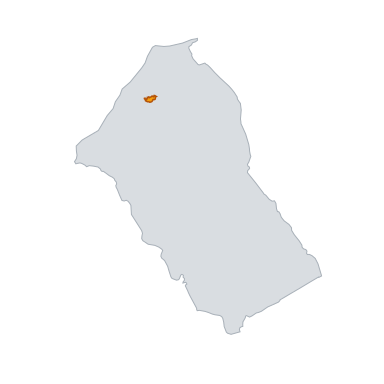 Assin Fosu, Central, Ghana (highlighted), rotated 150°
{"feature_id": "2480657B24956698199939", "entity_name": "Assin Fosu", "entity_type": "district", "adm_level": 2, "iso_a3": "GHA", "parent_name": "Ghana", "parent_adm1": "Central", "projection": "natural_earth1", "projection_center": [-1.29, 5.722], "detail": "fine", "context": "in_parent", "style": "filled", "palette": "amber", "viewbox_px": 384, "rotation_deg": 150, "n_neighbors": 0, "source": "geoboundaries", "source_scale": "gbopen_adm2", "svg_char_len": 3705}
<svg xmlns="http://www.w3.org/2000/svg" viewBox="0 0 384 384"><g transform="rotate(150 192 192)"><path d="M229.3,49.2L231.8,51.9L232.3,53.5L231.4,59.4L229.6,63.5L228.5,67.3L228.6,69.3L229.7,71.2L233.5,74.2L235.5,76.2L237.8,79.2L240.4,82.1L244.9,85.9L246.8,86.6L246.8,87.6L246.1,89.1L245.7,103.2L245.4,106.8L245.1,108.7L244.7,114.0L244.2,114.7L243.3,114.6L242.5,114.8L242.3,115.9L242.7,117.0L245.4,117.7L244.8,118.5L242.8,119.3L241.8,120.8L242.3,122.7L241.1,124.1L241.5,125.1L242.2,125.8L243.3,125.6L246.5,123.1L247.8,122.8L249.5,123.4L252.5,127.1L252.7,128.9L251.4,135.1L250.2,139.9L250.0,146.3L251.3,149.9L251.1,151.9L249.7,153.6L246.6,156.0L246.8,157.7L248.3,160.9L250.9,164.4L256.1,168.7L258.9,174.4L258.9,176.7L257.3,179.0L255.5,181.0L254.9,183.8L255.7,202.8L251.6,211.0L251.6,213.3L252.0,216.0L253.1,217.7L255.2,218.1L256.9,219.7L256.3,225.5L255.4,231.4L255.3,234.2L254.8,235.6L253.2,236.7L252.6,238.5L253.0,240.8L252.7,242.5L253.6,244.7L255.4,247.4L258.4,254.2L259.6,254.8L260.1,256.2L259.8,257.6L260.9,260.6L264.3,263.6L267.8,266.2L270.6,266.6L271.3,268.9L273.2,271.9L274.5,273.2L276.7,274.0L278.5,274.5L278.6,277.0L275.4,278.7L273.2,281.3L271.6,285.3L269.3,289.7L261.4,291.9L258.4,292.0L242.3,292.1L227.2,300.6L218.6,303.7L213.2,308.5L206.0,311.9L201.0,316.1L190.6,318.1L173.5,324.6L168.1,327.2L162.7,331.8L153.9,337.1L150.5,337.1L143.6,332.1L138.4,329.6L125.7,325.7L116.3,324.3L111.7,322.6L110.5,322.3L111.5,320.6L114.2,320.4L116.9,321.0L119.0,319.6L122.1,319.4L122.9,318.0L123.2,314.4L123.1,311.5L124.2,310.2L124.5,306.8L123.0,299.2L121.9,298.3L116.4,297.2L116.0,295.7L115.0,294.1L113.9,290.2L112.7,284.4L110.8,277.2L107.1,265.3L106.2,261.1L105.6,256.8L105.4,251.7L106.2,249.8L106.1,247.1L105.8,244.5L108.4,238.4L113.5,231.0L114.6,228.3L115.5,226.5L115.7,223.8L116.6,215.2L119.1,204.7L120.6,200.8L121.7,198.6L122.9,195.2L123.2,193.5L128.0,189.4L130.1,188.3L130.6,186.7L129.9,185.0L130.2,183.8L131.3,183.2L133.1,182.7L134.3,181.0L132.3,168.1L130.7,155.3L130.7,154.2L129.7,152.4L128.8,147.1L127.2,144.0L125.0,143.1L125.0,140.2L127.2,135.2L127.8,132.3L126.7,131.5L126.6,129.2L127.3,125.6L127.0,123.3L126.6,120.9L124.2,115.3L123.7,111.3L124.9,109.0L124.8,103.9L123.6,96.0L123.4,91.1L124.3,89.0L123.8,87.0L122.2,85.2L122.0,83.3L123.5,81.6L123.3,80.2L121.5,79.2L119.9,76.8L118.5,72.9L118.8,66.8L121.5,55.5L121.8,54.5L124.9,54.6L124.9,55.1L134.3,55.0L145.1,54.8L158.0,54.7L169.7,54.6L170.2,54.0L172.2,53.4L184.0,54.6L191.4,54.0L194.5,54.4L196.8,55.1L201.9,54.7L204.7,54.9L206.7,57.8L207.6,57.7L208.7,56.5L210.8,55.2L212.8,54.1L214.3,51.9L215.2,50.2L216.6,50.6L218.5,50.5L219.8,49.1L220.3,46.9L229.3,49.2Z" fill="#d9dde1" stroke="#a8b0b8" stroke-width="1"/><path d="M176.6,294.5L177.8,293.8L178.1,294.3L178.4,294.8L178.5,295.0L178.6,294.9L178.8,294.8L179.0,294.8L179.3,294.9L179.5,294.9L179.8,294.9L180.0,294.8L180.3,294.9L180.5,294.9L180.8,294.9L181.0,294.9L181.3,294.9L181.3,295.0L181.5,295.0L181.5,295.3L181.5,295.5L181.7,295.8L181.8,295.9L181.9,296.0L182.1,296.1L182.4,296.0L182.5,296.0L182.7,295.9L182.8,295.9L183.0,295.8L183.0,295.7L183.3,295.6L183.5,295.5L183.8,295.7L183.8,295.8L183.9,295.7L184.0,295.7L184.3,295.6L184.4,295.4L184.4,295.2L184.5,295.1L184.8,294.9L185.0,294.8L185.2,295.0L185.7,295.6L185.9,295.9L185.8,296.8L186.1,296.8L186.4,296.9L186.6,296.5L186.3,295.8L186.5,294.6L186.4,294.5L186.5,294.4L186.6,294.2L186.1,293.4L185.5,292.5L184.8,292.0L184.1,291.6L183.7,290.8L183.0,290.6L182.1,290.4L181.5,290.4L180.4,290.9L179.6,291.5L179.0,291.4L178.7,291.0L178.3,290.8L177.7,290.7L177.2,291.1L176.7,291.7L176.4,292.4L175.8,292.5L175.1,292.5L175.3,292.8L175.9,294.0L176.2,293.9L176.4,293.9L176.5,294.0L176.5,294.3L176.6,294.5Z" fill="#f59e0b" stroke="#b45309" stroke-width="1.5"/></g></svg>